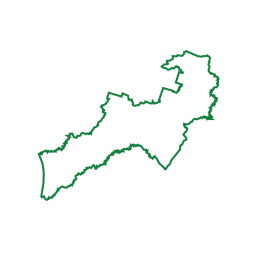 Rangitikei District, Manawatu-Wanganui, New Zealand, rotated 18°
{"feature_id": "76426892B73880124121288", "entity_name": "Rangitikei District", "entity_type": "district", "adm_level": 2, "iso_a3": "NZL", "parent_name": "New Zealand", "parent_adm1": "Manawatu-Wanganui", "projection": "albers", "projection_center": [175.797, -39.716], "detail": "fine", "context": "isolated", "style": "outline", "palette": "green", "viewbox_px": 256, "rotation_deg": 18, "n_neighbors": 0, "source": "geoboundaries", "source_scale": "gbopen_adm2", "svg_char_len": 5799}
<svg xmlns="http://www.w3.org/2000/svg" viewBox="0 0 256 256"><g transform="rotate(18 128 128)"><path d="M141.1,59.2L143.2,59.7L146.1,59.5L148.2,60.3L150.0,59.0L151.2,57.2L153.2,57.3L154.7,54.3L156.0,55.0L156.6,54.4L157.6,54.4L158.8,56.7L160.2,56.2L161.8,58.1L162.9,58.1L162.9,58.9L159.4,58.9L159.4,70.0L166.0,70.0L165.9,70.7L165.0,70.7L164.9,71.7L165.4,71.9L164.8,72.3L165.1,73.3L164.1,73.8L164.0,74.4L164.6,75.1L164.2,75.2L164.2,76.0L164.9,76.3L164.6,77.1L164.0,77.0L163.4,79.5L159.4,79.5L159.4,78.8L149.1,79.1L148.9,92.2L150.2,92.4L150.1,93.4L145.7,96.5L143.1,94.8L143.5,97.1L141.8,97.7L136.2,97.4L136.2,98.5L135.5,99.6L134.0,100.2L133.3,99.7L132.0,100.0L131.5,102.3L130.8,103.2L128.7,103.9L127.9,104.7L126.4,104.9L125.1,104.1L125.0,102.4L123.4,101.3L123.1,100.2L122.7,100.5L122.4,99.9L119.9,101.0L118.1,97.3L112.2,96.8L112.4,98.2L111.5,99.8L111.8,100.1L98.9,100.4L98.9,106.0L99.6,106.6L100.7,106.1L101.1,106.2L100.2,107.9L100.3,109.3L99.5,110.8L99.6,111.6L97.3,114.3L96.6,114.3L96.6,115.0L96.1,115.0L95.7,116.1L99.9,118.5L99.7,119.1L98.7,119.0L98.9,120.2L99.3,120.8L101.8,120.8L101.7,121.5L102.3,122.4L101.3,123.4L101.7,124.9L100.6,126.6L100.2,129.3L98.0,131.6L98.3,132.8L98.0,134.5L98.7,134.8L97.4,136.7L95.6,138.1L95.8,138.8L94.4,142.2L94.7,145.0L93.0,144.4L92.8,145.9L90.4,145.9L89.9,146.8L86.5,146.6L85.2,147.8L85.2,149.5L84.7,150.3L82.3,151.1L82.4,152.2L81.9,153.3L79.2,153.3L76.8,150.5L74.7,151.2L75.3,152.0L75.0,152.8L72.6,154.1L74.0,154.4L74.2,153.8L75.3,154.4L74.3,154.8L75.3,156.8L73.9,157.5L74.0,158.4L73.3,159.1L75.0,161.5L73.2,160.5L73.2,161.2L72.7,161.3L73.2,162.3L72.0,162.7L73.1,163.7L74.2,163.5L73.6,163.8L73.2,165.3L72.2,165.4L72.7,166.7L71.7,166.5L72.6,167.5L71.2,168.7L72.0,168.8L71.7,169.6L70.4,169.0L69.4,169.3L69.3,168.4L68.1,168.4L67.9,170.2L66.9,170.5L66.9,171.4L66.1,171.7L66.4,172.6L65.2,172.3L64.9,173.4L63.0,173.9L62.2,173.4L61.8,174.5L60.7,174.3L60.2,174.9L59.3,174.6L59.0,175.5L58.7,174.7L57.4,175.5L56.9,174.9L54.1,177.4L54.2,179.7L53.3,179.7L53.5,178.6L52.9,178.3L51.3,180.4L56.8,187.1L59.2,191.0L62.0,197.4L64.7,206.9L66.6,219.7L67.4,220.6L69.2,218.9L71.1,220.9L72.8,221.5L73.9,220.4L73.7,219.8L74.7,219.3L74.5,218.6L75.3,219.0L76.6,217.5L77.4,217.5L77.1,216.5L78.1,215.8L77.9,215.0L78.8,214.7L78.5,214.0L79.8,211.9L79.7,211.1L80.3,209.9L80.1,208.8L81.0,208.7L80.3,207.3L81.4,207.0L82.2,205.2L84.0,203.8L86.3,204.2L88.3,203.6L89.2,201.8L90.7,201.2L91.1,199.5L92.6,199.8L92.4,198.9L93.1,197.6L92.5,196.2L93.4,195.6L92.7,194.2L94.2,193.3L94.6,192.3L93.5,191.3L93.1,190.1L93.6,188.6L94.9,188.0L94.8,186.4L97.2,186.9L97.3,186.1L98.2,185.8L98.2,184.6L99.1,185.1L100.2,183.1L99.4,181.5L101.2,180.4L100.9,179.0L101.6,179.0L101.5,178.4L102.8,178.2L103.6,177.2L105.5,177.4L105.7,175.6L106.2,174.8L107.0,174.7L107.0,174.0L107.9,174.4L109.6,176.8L110.3,176.6L110.7,175.8L110.3,173.7L111.4,174.0L112.7,173.4L112.7,171.9L114.8,171.1L115.4,170.1L116.4,170.0L117.0,169.3L116.7,168.2L116.2,167.9L117.0,167.5L117.5,168.1L117.3,166.9L116.6,166.3L117.7,166.1L117.3,165.3L118.7,164.3L117.5,163.1L117.7,162.6L118.3,163.0L118.9,162.6L118.0,162.1L118.7,161.2L118.5,160.1L120.0,159.2L120.6,157.1L121.2,158.3L122.1,158.1L121.9,156.5L122.6,155.3L122.3,153.9L123.3,153.9L123.9,153.3L123.9,154.2L124.6,153.3L125.4,154.2L125.7,153.3L127.4,154.4L127.7,154.0L127.1,152.7L128.3,153.1L129.4,152.3L128.6,151.7L129.3,150.6L130.7,151.1L130.3,150.4L130.4,149.3L132.5,148.8L133.2,147.9L133.7,148.5L134.5,147.8L135.2,148.5L136.7,147.4L136.9,146.8L135.5,145.7L136.0,144.9L136.0,143.3L136.9,144.0L137.4,142.8L138.5,143.3L138.4,142.2L138.9,141.9L139.9,142.1L140.5,143.0L142.2,141.1L142.6,141.9L143.2,141.1L146.2,141.2L149.6,143.7L151.6,143.2L152.3,144.3L152.7,143.6L153.2,144.2L153.5,143.9L153.5,145.7L156.6,146.2L156.4,147.3L157.6,147.5L157.7,148.2L157.3,148.6L157.8,149.1L159.4,148.8L160.4,149.4L160.4,148.9L161.5,148.5L161.5,147.5L162.2,146.6L162.7,147.3L164.3,147.7L168.8,152.1L174.9,154.7L175.7,155.9L176.6,155.4L177.8,151.3L178.9,149.6L179.2,145.3L184.1,132.5L183.2,128.3L184.6,127.2L185.1,122.8L187.1,121.1L186.5,119.5L182.7,117.1L184.7,112.0L184.5,110.2L183.8,109.6L182.3,109.8L181.8,108.8L181.2,109.0L180.0,106.8L183.4,106.3L184.9,104.8L185.8,102.8L187.0,102.4L187.1,100.7L188.4,98.7L191.1,98.4L191.9,97.3L193.2,96.7L194.2,95.2L195.5,95.6L196.0,94.4L197.0,94.5L197.0,93.7L197.7,94.2L198.5,93.5L199.6,94.5L199.5,94.0L199.9,93.5L201.3,93.7L201.1,94.6L201.8,94.6L202.5,94.3L202.5,93.6L203.6,94.1L204.7,93.7L204.2,93.6L204.4,92.8L203.5,93.1L204.2,91.5L202.7,91.4L202.7,92.3L201.5,92.9L201.9,91.4L201.3,90.5L202.2,90.0L200.6,88.6L201.0,88.4L200.4,87.4L201.2,86.7L200.9,86.0L201.4,85.9L200.9,84.5L200.1,83.9L200.7,83.8L199.9,83.2L200.7,82.3L200.4,81.8L201.7,80.4L200.9,80.0L201.5,79.3L202.4,79.5L202.1,79.1L202.6,78.6L202.1,78.4L202.9,78.2L202.5,77.6L203.2,76.2L202.3,76.3L202.2,75.6L203.6,75.3L203.6,73.9L203.1,73.8L203.6,73.3L203.2,72.2L201.0,72.5L201.1,71.9L200.3,71.7L200.5,71.0L200.0,70.3L198.9,70.5L198.6,71.3L197.2,70.6L196.7,71.2L196.7,70.6L196.0,70.5L196.1,69.6L195.4,69.1L196.0,68.6L195.4,68.3L195.2,67.2L196.3,67.2L196.1,66.7L196.7,66.0L196.3,65.8L196.9,65.5L196.9,64.3L197.4,64.2L197.4,62.7L199.6,62.0L200.3,59.9L200.3,58.9L199.6,58.8L199.6,57.3L198.9,57.5L199.2,55.9L198.9,54.5L198.3,54.6L198.7,54.0L198.2,53.4L198.8,53.3L198.5,52.6L196.8,51.5L194.4,52.3L194.2,50.9L193.8,51.3L193.4,50.6L191.2,50.2L190.2,50.8L189.8,50.1L188.8,50.3L188.0,49.2L187.3,49.2L186.5,46.9L186.8,46.4L186.7,44.5L184.8,42.6L185.1,40.8L184.7,40.2L185.0,40.1L184.4,37.5L184.5,36.1L182.7,34.8L181.7,35.1L180.7,34.5L179.2,35.9L176.9,36.5L176.4,37.3L172.5,38.1L159.5,36.9L158.9,38.2L158.0,38.5L158.4,40.2L157.4,42.4L156.2,43.0L152.6,43.3L152.4,44.7L148.2,45.9L149.1,47.2L149.1,48.7L146.6,51.2L144.3,52.1L144.6,53.3L146.1,54.4L146.0,55.1L142.8,56.3L141.1,59.2Z" fill="none" stroke="#15803d" stroke-width="2"/></g></svg>